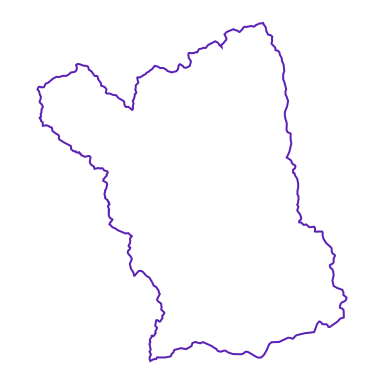 Wiang Haeng, Chiang Mai, Thailand (Mercator projection)
{"feature_id": "78962969B7919443073528", "entity_name": "Wiang Haeng", "entity_type": "district", "adm_level": 2, "iso_a3": "THA", "parent_name": "Thailand", "parent_adm1": "Chiang Mai", "projection": "mercator", "projection_center": [98.614, 19.591], "detail": "fine", "context": "isolated", "style": "outline", "palette": "violet", "viewbox_px": 384, "rotation_deg": 0, "n_neighbors": 0, "source": "geoboundaries", "source_scale": "gbopen_adm2", "svg_char_len": 5849}
<svg xmlns="http://www.w3.org/2000/svg" viewBox="0 0 384 384"><path d="M263.2,23.0L262.1,23.4L259.7,23.4L255.2,25.5L254.6,26.4L253.4,26.7L251.4,25.9L247.1,26.9L244.3,26.8L242.8,28.2L242.4,29.3L239.6,32.0L238.7,31.7L237.6,30.7L236.0,30.4L233.5,29.2L226.8,31.9L224.5,34.3L226.3,38.1L226.4,39.5L222.9,43.8L221.3,44.9L221.6,47.1L219.1,44.6L217.9,42.7L215.4,41.3L208.2,44.9L205.7,48.0L203.7,47.8L201.3,48.7L199.5,48.9L198.8,49.5L197.2,52.3L196.4,52.1L194.4,52.9L191.9,53.2L189.6,52.9L188.7,53.1L188.3,54.8L188.8,57.9L190.8,61.0L190.9,61.9L189.7,66.0L186.4,67.7L185.4,67.8L183.8,67.3L182.6,65.7L179.8,64.2L178.7,65.4L177.9,69.4L176.4,71.2L171.7,72.4L167.3,70.9L166.6,69.9L163.7,68.2L162.5,67.9L160.4,68.1L157.6,66.5L154.7,65.9L151.9,69.3L149.7,70.7L148.8,71.7L146.6,72.7L145.7,74.1L144.1,74.8L140.3,77.3L137.7,77.3L137.2,77.8L138.3,82.8L135.8,85.3L135.7,88.1L135.3,89.6L136.3,92.4L136.1,93.2L134.8,94.0L134.7,96.1L133.9,99.1L132.8,100.6L133.5,103.2L132.8,106.7L133.0,108.8L132.3,109.8L132.0,109.9L129.2,107.4L128.1,106.8L126.2,107.0L125.5,106.7L124.4,104.5L124.2,101.7L123.2,100.7L118.6,98.2L116.2,95.3L112.9,94.9L109.8,93.5L106.7,93.5L105.8,92.7L106.4,90.1L106.3,88.9L104.8,87.2L102.4,86.0L101.3,85.8L100.8,83.0L98.1,79.2L97.6,76.4L96.2,75.8L95.1,76.1L94.2,75.4L91.5,71.4L88.8,69.6L88.5,67.7L87.9,66.6L86.2,65.9L83.6,65.7L79.7,64.2L77.4,64.0L76.3,64.8L76.0,65.4L76.6,66.4L76.9,68.3L76.2,70.6L74.6,71.9L70.6,72.6L69.5,73.9L66.4,75.9L62.5,75.9L59.1,77.1L57.1,76.8L55.6,77.2L52.8,78.8L48.2,82.7L45.6,83.7L44.0,87.1L43.1,87.4L41.9,87.1L40.7,87.3L39.9,86.7L38.7,87.0L37.9,88.2L37.5,89.6L38.9,91.0L40.0,95.0L40.9,96.6L40.6,99.0L39.6,101.6L39.9,102.6L41.6,104.2L42.7,106.1L42.8,107.3L41.6,109.2L41.4,112.7L40.7,113.8L41.0,116.5L39.6,117.8L39.8,118.5L40.6,118.8L41.1,121.1L42.7,122.3L42.8,125.8L46.5,125.3L48.8,126.1L50.0,127.1L51.6,127.4L52.3,128.9L52.1,129.5L52.4,130.9L54.9,132.9L58.2,134.8L58.8,135.7L59.1,136.4L58.8,137.6L59.2,139.4L63.9,142.4L70.7,145.9L71.1,146.8L71.0,148.5L71.4,149.5L73.4,151.1L75.0,151.3L75.3,151.7L75.9,151.5L76.2,152.1L77.2,152.6L79.1,152.3L79.3,153.4L80.6,153.5L81.3,155.3L82.6,155.6L84.7,156.8L88.4,156.0L89.7,156.2L90.4,157.0L90.5,157.9L89.9,160.7L89.9,162.7L91.0,164.6L94.0,166.7L94.5,168.8L98.8,168.0L100.4,168.6L101.8,168.1L102.8,168.5L104.2,170.4L107.4,171.4L107.7,172.9L106.8,174.0L106.8,175.5L103.5,179.2L103.2,180.8L106.6,182.7L107.0,183.5L107.2,184.4L106.2,188.7L105.0,190.6L105.2,191.7L104.6,193.1L104.5,194.8L105.3,196.8L105.0,197.4L105.2,198.2L107.8,200.4L107.8,201.4L109.1,202.5L108.8,203.4L109.5,204.2L109.3,204.7L108.2,205.5L108.0,206.6L109.2,209.5L108.6,210.8L109.1,212.2L108.6,213.4L109.2,216.7L110.2,218.2L112.4,219.3L111.9,220.6L110.0,222.8L109.4,224.4L110.6,225.2L112.5,227.3L114.9,228.2L118.0,230.3L125.3,233.4L128.5,233.2L130.5,235.3L131.7,235.8L131.8,236.4L130.6,237.4L130.0,238.7L130.3,241.2L129.8,243.7L128.8,245.1L128.6,245.9L128.8,246.6L130.2,247.5L130.3,248.0L129.8,249.1L128.0,250.9L127.8,252.5L128.1,253.6L130.6,256.4L131.7,258.3L131.7,259.5L129.8,263.9L129.9,264.5L131.0,268.8L133.4,272.5L134.1,275.7L134.6,275.7L138.5,271.2L139.7,270.8L141.9,271.2L143.0,272.0L146.4,275.9L149.4,277.6L152.4,282.7L153.6,285.6L156.2,287.0L158.7,290.9L158.9,292.7L159.7,293.7L159.7,294.3L157.2,299.0L157.1,299.8L158.1,301.4L161.1,303.5L161.6,307.6L161.2,309.6L164.3,312.5L164.3,313.4L162.2,316.0L162.5,318.1L160.0,321.6L159.2,321.6L157.4,320.1L156.2,320.3L155.2,325.7L156.9,327.6L157.0,328.1L155.3,331.6L155.7,333.2L154.8,333.8L154.6,334.9L153.8,335.9L153.1,336.2L152.3,335.6L151.7,335.7L151.5,337.3L150.0,339.4L149.8,340.9L150.4,341.9L149.4,344.2L149.9,345.0L150.1,347.3L150.7,349.2L150.2,350.8L149.5,351.6L151.0,354.5L149.6,357.3L149.7,359.7L150.2,361.0L153.7,359.2L156.1,359.1L157.1,357.4L164.9,357.5L170.6,356.4L171.8,353.9L173.6,352.0L174.0,350.3L174.4,349.9L180.9,348.2L186.3,349.1L191.5,346.1L192.4,343.1L195.1,342.0L200.2,343.3L202.6,342.2L203.4,342.3L211.2,345.8L216.6,349.2L217.5,350.7L219.2,351.5L221.3,351.6L223.7,350.7L225.3,350.6L228.3,352.5L232.8,354.0L241.0,354.3L243.5,353.5L245.3,351.9L246.9,351.7L248.4,352.2L256.7,357.1L258.1,357.6L260.6,357.6L261.9,356.9L264.1,354.7L266.9,349.8L268.5,345.6L269.4,344.1L271.6,342.2L279.0,342.0L287.9,337.8L288.9,337.7L293.0,338.7L295.5,335.9L296.9,335.1L304.9,333.2L313.9,332.2L314.6,331.1L317.0,324.2L319.1,321.5L320.0,321.7L321.4,322.7L322.4,324.2L326.5,324.3L327.6,325.3L328.4,326.9L329.7,327.0L337.4,321.7L340.2,318.6L343.8,317.5L343.7,311.4L343.4,309.6L342.0,308.5L339.9,307.8L339.8,306.7L340.8,303.5L341.9,302.5L345.3,300.8L346.2,299.4L346.5,297.7L346.0,297.0L343.4,295.0L343.5,292.4L342.3,289.8L337.2,288.0L333.6,285.9L332.4,280.5L333.7,275.4L333.2,271.4L332.1,269.0L330.6,268.0L329.9,266.6L329.9,265.1L332.9,263.4L333.7,262.1L333.6,258.7L334.8,256.2L334.9,255.1L332.6,253.4L331.8,251.8L331.6,248.5L331.1,247.5L326.1,243.0L323.6,239.0L322.7,236.0L322.6,232.3L322.0,231.5L315.2,231.7L314.8,231.2L315.1,229.7L314.8,227.8L314.2,226.8L309.4,227.2L306.3,224.5L303.7,224.9L301.2,222.6L299.1,222.3L299.3,220.9L300.7,219.6L301.3,218.0L300.2,214.7L297.2,210.4L298.4,206.8L297.2,204.8L297.9,203.3L298.6,198.6L298.4,196.1L297.4,194.2L297.5,190.1L298.2,188.0L298.2,183.6L297.2,178.8L295.2,175.7L294.3,173.0L293.2,172.8L292.9,172.2L293.2,169.6L294.8,168.4L295.5,166.5L295.2,165.5L293.1,164.3L291.8,162.9L291.4,161.1L290.6,160.0L286.7,157.5L289.3,152.1L291.3,143.6L290.5,137.9L290.7,134.2L290.4,133.4L287.5,132.1L286.5,129.8L286.8,124.4L286.5,122.0L285.4,118.8L284.8,114.9L284.9,111.9L287.1,106.4L288.1,100.9L286.5,96.3L285.6,94.8L285.4,91.7L286.2,89.2L284.4,82.1L283.2,79.5L283.2,74.1L284.3,71.0L283.6,64.7L281.9,60.5L281.7,58.1L279.9,54.8L279.4,52.4L278.2,50.9L275.5,50.1L275.5,48.5L274.7,47.0L271.7,43.9L271.5,43.3L272.2,40.8L271.9,38.5L272.3,36.6L270.8,35.3L268.0,34.5L266.3,30.8L265.7,27.2L263.7,24.5L263.2,23.0Z" fill="none" stroke="#5b21b6" stroke-width="2"/></svg>